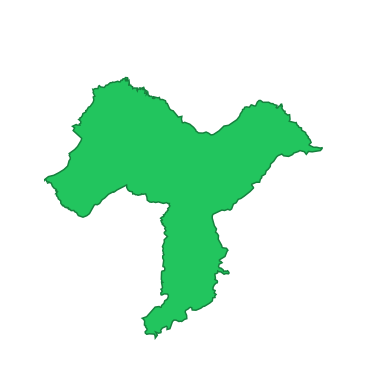 Wang Thong, Phitsanulok, Thailand (Robinson projection), rotated 73°
{"feature_id": "78962969B63856806538884", "entity_name": "Wang Thong", "entity_type": "district", "adm_level": 2, "iso_a3": "THA", "parent_name": "Thailand", "parent_adm1": "Phitsanulok", "projection": "robinson", "projection_center": [100.584, 16.85], "detail": "fine", "context": "isolated", "style": "filled", "palette": "green", "viewbox_px": 384, "rotation_deg": 73, "n_neighbors": 0, "source": "geoboundaries", "source_scale": "gbopen_adm2", "svg_char_len": 5999}
<svg xmlns="http://www.w3.org/2000/svg" viewBox="0 0 384 384"><g transform="rotate(73 192 192)"><path d="M137.0,329.2L137.6,329.3L137.2,328.7L137.7,328.0L140.0,327.7L140.4,326.3L141.2,327.0L141.2,325.7L142.3,324.0L145.5,323.8L147.8,322.9L149.8,321.1L150.4,321.6L150.7,321.3L150.8,321.7L151.7,321.2L151.6,321.6L151.8,321.7L152.5,320.7L153.9,322.9L154.5,322.0L155.9,322.6L158.2,321.6L159.3,321.9L161.9,320.2L163.2,320.4L163.3,321.0L163.4,320.5L164.5,320.7L167.0,319.8L167.2,319.0L167.7,319.2L167.9,318.6L169.3,318.0L170.2,316.9L170.0,316.3L170.5,316.1L170.7,315.0L171.7,314.7L171.9,315.2L172.9,314.5L173.0,313.7L174.5,313.0L175.1,310.4L176.6,309.9L178.0,308.4L181.3,307.6L184.2,303.6L183.9,299.6L182.7,296.4L175.8,289.2L175.7,287.9L176.5,286.3L175.9,283.7L173.1,280.2L172.2,277.2L169.7,272.5L168.8,267.3L169.2,267.2L169.2,266.2L168.1,263.1L166.2,252.5L168.7,253.1L171.4,252.6L173.0,251.5L174.4,249.0L176.6,249.2L176.7,247.9L178.1,246.8L178.5,245.5L179.3,244.6L179.6,241.4L179.0,240.9L179.8,239.7L180.2,236.9L183.6,236.6L186.7,237.2L189.2,235.3L190.0,233.6L190.1,231.8L191.4,229.9L191.6,227.0L194.5,222.8L194.7,219.4L195.9,218.5L196.4,217.0L197.7,217.7L198.6,217.2L199.5,217.7L200.8,220.1L202.3,220.0L202.7,221.1L203.6,221.7L203.8,222.9L205.3,224.4L205.6,226.0L206.6,225.7L207.3,226.4L207.1,227.7L207.9,229.7L210.1,228.5L210.5,229.0L210.4,230.0L212.7,229.9L213.6,229.1L214.1,229.8L218.1,227.7L219.0,228.8L221.5,228.2L222.5,230.3L223.8,230.6L227.4,228.5L229.6,232.6L231.9,233.1L235.7,236.3L237.3,235.9L239.7,237.2L241.0,236.9L242.5,237.5L243.7,237.1L244.6,238.7L246.5,239.3L249.0,239.0L254.4,241.5L254.9,241.5L255.6,240.4L257.3,240.3L259.1,241.3L258.9,243.8L259.7,244.5L266.6,246.9L267.8,246.7L268.9,247.3L269.8,246.4L270.0,247.6L274.6,248.1L275.8,249.0L275.9,250.1L278.3,249.5L279.3,251.2L280.3,251.6L281.3,251.6L281.7,251.0L281.3,248.2L282.5,245.2L283.7,244.9L285.5,245.4L287.4,247.3L288.0,249.8L290.3,251.4L291.6,254.2L293.2,255.2L293.1,255.9L291.9,256.9L291.3,260.9L298.0,271.8L298.2,276.5L299.6,275.5L301.5,275.0L305.3,276.4L306.4,275.4L307.2,275.9L309.9,275.0L310.9,275.6L311.9,277.6L313.2,277.9L314.8,276.9L315.1,274.3L316.8,269.8L318.4,269.3L320.9,269.8L318.8,267.0L315.3,267.7L317.2,265.4L317.4,263.0L316.7,262.4L315.1,262.4L313.4,260.1L312.9,255.7L313.8,255.2L316.2,256.1L316.3,253.1L310.2,248.6L309.2,246.7L309.9,244.7L312.0,242.4L312.2,240.7L312.8,239.7L311.6,236.4L311.6,234.0L308.3,233.2L305.1,233.6L304.1,233.3L303.3,232.5L302.7,229.8L301.9,228.3L301.8,227.3L302.6,226.1L304.9,226.3L306.2,222.7L305.7,217.5L304.7,214.9L304.9,213.4L303.4,207.5L302.1,204.4L299.3,203.1L299.6,200.8L298.0,200.6L297.0,198.9L295.1,200.3L293.0,198.7L291.5,200.5L289.3,199.7L287.3,197.8L286.1,195.5L286.2,194.4L285.3,193.9L284.2,193.9L282.3,195.7L281.3,194.8L277.2,194.2L276.9,191.3L275.1,190.5L276.1,189.7L276.8,187.8L280.0,185.4L279.9,183.4L280.9,181.1L280.6,180.5L279.7,180.2L277.7,181.0L277.8,182.6L277.2,183.4L277.1,185.0L275.5,185.0L273.3,186.5L272.5,188.1L270.9,188.4L268.9,187.1L268.4,183.9L267.0,184.6L265.9,185.9L264.9,185.6L263.3,179.3L259.0,175.9L258.2,174.7L255.9,175.5L254.4,178.8L253.6,179.4L251.6,179.3L244.8,180.7L241.4,179.4L238.7,180.2L237.4,181.3L234.5,179.4L230.8,180.5L222.8,180.3L220.4,179.4L219.4,178.2L218.0,168.7L219.2,166.3L219.0,162.8L220.4,161.0L219.8,159.1L215.6,155.9L215.2,152.9L212.5,149.9L212.5,147.3L211.3,143.5L208.5,136.3L206.2,132.1L205.6,131.9L202.9,132.9L202.0,132.4L201.5,127.8L202.4,124.5L199.8,122.9L198.7,121.1L197.3,120.9L196.3,116.7L193.5,114.9L192.5,112.5L190.6,109.8L188.2,108.7L186.4,104.8L183.1,100.8L182.3,98.8L182.0,95.0L184.2,93.7L186.2,89.2L185.6,84.9L184.5,83.2L184.4,78.6L183.9,76.7L186.3,72.8L189.4,71.7L187.3,68.7L188.7,65.4L189.9,57.1L188.5,54.9L187.7,54.7L187.4,56.7L185.6,59.7L184.8,62.6L181.5,66.2L180.7,66.0L179.5,63.6L176.3,63.9L174.3,65.1L173.5,64.6L169.9,66.1L168.3,66.0L165.0,69.1L162.7,68.6L161.3,70.9L160.0,71.0L158.6,71.9L156.0,72.1L156.0,72.9L152.8,78.3L151.1,77.0L146.6,76.1L146.4,78.0L143.5,80.1L142.0,79.4L141.3,80.6L138.1,81.6L136.5,80.6L134.2,80.6L134.2,81.7L135.6,82.1L135.2,83.4L136.6,85.3L136.6,86.2L135.9,86.8L134.6,85.5L133.9,85.5L132.4,88.0L131.1,88.8L130.5,90.7L128.6,92.4L127.0,97.9L124.5,99.7L124.1,101.1L125.1,103.2L128.3,106.0L127.9,107.3L126.1,109.5L126.1,110.3L127.8,112.3L126.5,115.1L126.4,116.9L127.9,118.0L127.9,119.5L129.3,120.1L131.3,122.8L133.4,124.3L136.0,128.0L138.9,137.4L138.3,142.2L141.4,148.2L143.3,154.7L143.0,157.1L140.6,158.9L138.8,161.0L138.9,164.3L137.4,168.5L134.7,170.4L133.7,170.3L130.6,171.6L126.5,174.3L123.2,178.6L123.3,180.1L122.8,181.0L119.2,180.8L116.7,179.6L116.4,183.2L108.8,186.3L107.8,187.9L106.0,189.1L100.1,189.8L99.7,190.8L97.0,190.7L94.9,193.1L94.3,195.4L92.0,195.6L92.1,196.9L89.7,200.9L90.1,201.2L91.3,200.3L91.5,201.0L90.9,202.2L90.0,201.7L88.6,202.8L88.0,204.9L87.2,204.8L86.6,205.6L84.3,205.2L85.3,207.0L83.6,206.1L84.0,206.9L83.7,208.3L81.9,207.3L82.1,205.9L80.4,207.2L79.6,209.0L79.2,208.8L78.9,207.5L77.8,207.6L78.1,209.7L77.4,211.1L78.7,210.8L78.9,211.1L78.0,212.0L77.9,213.3L78.1,214.0L79.3,214.7L78.4,214.9L76.7,213.8L75.6,217.1L75.9,218.4L73.9,218.1L73.1,219.2L71.9,219.3L71.3,221.2L70.4,220.9L70.5,220.3L66.6,219.6L66.8,221.3L66.2,223.0L65.2,222.8L65.5,220.6L64.4,220.1L63.8,220.4L63.1,222.2L63.9,222.9L63.7,225.1L64.7,226.1L64.3,227.0L65.6,228.5L65.4,229.5L64.4,230.6L64.4,234.4L63.7,235.8L64.0,236.6L63.6,238.2L65.1,241.7L64.7,242.9L66.4,245.3L64.8,248.7L63.2,249.5L63.5,250.4L65.6,251.7L64.8,254.5L65.2,256.1L64.8,256.8L67.1,256.8L68.0,257.5L72.0,256.9L72.3,258.7L75.2,258.9L77.4,260.4L80.5,264.5L80.6,266.2L82.9,268.6L83.1,269.8L84.2,269.9L84.5,270.4L85.1,273.4L87.0,274.6L88.3,276.3L88.4,277.5L89.4,277.7L89.5,279.1L92.0,277.7L93.7,278.3L94.1,279.8L95.3,279.7L94.4,282.3L93.6,283.0L94.2,287.1L96.4,285.5L98.5,287.7L108.4,281.8L110.4,283.0L115.0,288.1L117.1,291.8L119.3,298.2L120.2,297.9L121.1,298.7L123.4,298.3L125.0,298.8L126.2,300.4L130.8,303.3L133.1,308.0L134.6,313.7L135.6,319.2L135.3,324.8L137.0,329.2Z" fill="#22c55e" stroke="#15803d" stroke-width="1.5"/></g></svg>